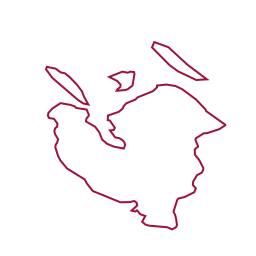 the district of San Juan, United States of America, rotated 14°
{"feature_id": "52423323B32782252789959", "entity_name": "San Juan", "entity_type": "district", "adm_level": 2, "iso_a3": "USA", "parent_name": "United States of America", "parent_adm1": "", "projection": "robinson", "projection_center": [-122.989, 48.606], "detail": "fine", "context": "isolated", "style": "outline", "palette": "rose", "viewbox_px": 256, "rotation_deg": 14, "n_neighbors": 0, "source": "geoboundaries", "source_scale": "gbopen_adm2", "svg_char_len": 1807}
<svg xmlns="http://www.w3.org/2000/svg" viewBox="0 0 256 256"><g transform="rotate(14 128 128)"><path d="M47.1,132.6L47.3,135.5L49.1,137.4L54.0,137.0L58.5,140.8L58.9,144.0L57.4,145.8L57.3,148.9L58.7,151.6L62.9,155.8L62.7,159.8L61.9,161.5L62.2,164.4L66.8,171.9L70.4,176.0L78.8,182.1L98.4,188.4L102.0,192.2L109.2,197.7L138.5,201.9L147.6,199.5L151.8,197.3L154.4,198.4L155.7,200.9L151.4,207.3L155.2,207.3L156.7,205.7L160.8,208.7L166.1,209.2L164.4,215.5L168.1,217.4L171.8,217.7L190.1,214.8L195.3,215.7L198.6,212.6L199.0,210.5L197.0,205.3L194.9,201.1L192.4,198.2L193.1,186.3L193.7,184.4L199.7,181.2L207.8,174.3L208.4,170.1L204.7,167.6L204.2,164.0L206.4,157.0L210.3,153.6L211.1,150.8L210.8,148.7L204.9,141.9L199.4,137.7L198.0,132.7L199.7,130.0L200.3,129.7L200.2,128.5L196.5,123.5L196.2,121.7L202.8,114.8L205.9,113.9L216.8,107.1L221.7,101.8L221.4,101.2L199.7,92.7L198.8,91.3L187.2,83.9L171.0,77.2L164.0,75.8L155.0,76.5L145.9,79.8L146.3,81.6L143.3,86.2L129.8,96.0L128.3,98.6L120.3,104.5L118.4,108.1L118.2,110.4L115.2,114.5L105.6,120.7L106.4,125.3L108.5,125.1L115.2,131.0L114.6,133.4L111.1,134.7L117.8,140.2L122.2,140.0L125.9,141.2L128.0,142.9L129.3,145.1L128.9,149.0L118.4,149.5L111.3,148.3L105.7,145.5L101.3,139.3L95.8,134.7L85.6,131.8L85.4,128.9L86.8,126.0L86.8,124.6L83.4,120.1L72.7,121.1L71.1,119.9L66.6,119.5L56.5,120.2L49.9,127.4L47.1,132.6ZM132.7,38.3L131.8,44.0L153.0,56.9L163.1,61.0L182.6,64.9L192.8,61.7L170.5,52.3L147.6,39.8L132.7,38.3ZM34.5,88.3L34.3,90.9L42.3,97.6L72.9,113.0L78.7,115.0L83.8,114.8L77.8,108.3L74.5,103.6L68.0,98.3L58.9,92.6L53.6,90.2L49.1,90.3L43.5,87.9L34.5,88.3ZM97.4,83.0L106.2,85.0L110.3,87.7L110.6,90.0L108.3,93.2L108.0,94.6L116.0,91.9L118.6,90.2L122.1,85.7L121.2,74.0L120.4,72.3L116.6,72.8L114.4,74.4L108.9,74.7L97.4,83.0Z" fill="none" stroke="#9f1239" stroke-width="2"/></g></svg>